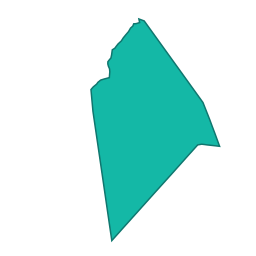 Martinópole, Ceará, Brazil (orthographic projection), rotated 236°
{"feature_id": "56859067B4010642262930", "entity_name": "Martinópole", "entity_type": "district", "adm_level": 2, "iso_a3": "BRA", "parent_name": "Brazil", "parent_adm1": "Ceará", "projection": "orthographic", "projection_center": [-40.613, -3.149], "detail": "fine", "context": "isolated", "style": "filled", "palette": "teal", "viewbox_px": 256, "rotation_deg": 236, "n_neighbors": 0, "source": "geoboundaries", "source_scale": "gbopen_adm2", "svg_char_len": 774}
<svg xmlns="http://www.w3.org/2000/svg" viewBox="0 0 256 256"><g transform="rotate(236 128 128)"><path d="M61.6,193.7L74.9,197.0L77.9,197.7L81.7,198.6L89.1,200.4L107.2,204.4L152.6,203.0L207.7,201.3L212.3,198.0L208.9,196.6L210.0,193.0L211.2,191.0L209.8,189.0L209.4,186.0L207.6,182.3L206.5,178.3L205.4,174.6L203.9,171.1L203.3,167.0L202.3,163.9L201.5,161.7L201.6,158.7L197.8,155.3L195.6,153.0L195.0,150.8L194.2,148.4L192.4,147.1L190.2,146.3L187.4,145.8L184.7,144.3L182.6,142.6L180.2,140.7L182.0,135.5L183.0,132.2L182.7,128.6L181.9,126.5L181.5,122.2L180.6,118.8L161.3,108.2L123.2,89.9L93.1,75.4L43.7,51.6L47.6,67.0L59.4,114.0L65.5,138.6L71.8,163.4L75.0,176.3L73.4,180.0L71.5,182.2L69.8,184.1L64.2,190.7L61.6,193.7Z" fill="#14b8a6" stroke="#0f766e" stroke-width="1.5"/></g></svg>